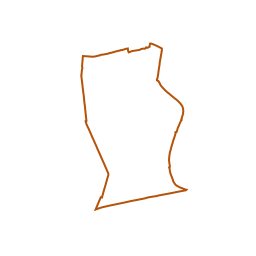 outline of Hon Dat, Kiên Giang, Vietnam, rotated 233°
{"feature_id": "81297802B18356226761800", "entity_name": "Hon Dat", "entity_type": "district", "adm_level": 2, "iso_a3": "VNM", "parent_name": "Vietnam", "parent_adm1": "Kiên Giang", "projection": "mercator", "projection_center": [104.972, 10.238], "detail": "fine", "context": "isolated", "style": "outline", "palette": "amber", "viewbox_px": 256, "rotation_deg": 233, "n_neighbors": 0, "source": "geoboundaries", "source_scale": "gbopen_adm2", "svg_char_len": 5571}
<svg xmlns="http://www.w3.org/2000/svg" viewBox="0 0 256 256"><g transform="rotate(233 128 128)"><path d="M77.1,66.6L71.0,79.5L68.1,85.9L65.0,92.2L61.6,99.2L60.4,102.5L57.2,108.5L56.4,109.9L56.2,110.5L56.1,110.9L55.9,111.6L55.7,111.8L49.6,124.1L46.7,130.2L43.6,136.4L43.5,136.7L43.4,136.9L43.4,137.1L43.5,137.5L43.7,137.3L44.2,136.9L44.4,136.8L44.6,136.6L44.9,136.5L45.2,136.2L45.6,136.0L46.0,135.7L46.3,135.6L46.5,135.5L47.1,135.1L47.6,134.8L47.8,134.7L48.0,134.6L48.2,134.4L48.4,134.2L50.9,133.0L52.1,132.4L52.8,132.2L53.4,132.0L53.8,131.9L54.1,131.8L54.6,131.8L55.2,131.8L56.5,131.9L57.0,131.9L57.7,132.0L58.9,132.3L59.0,132.3L59.1,132.5L61.8,133.3L64.4,134.0L64.9,134.2L65.5,134.3L67.1,134.9L68.5,135.6L70.8,136.9L71.0,136.9L71.3,137.0L71.6,137.0L71.9,137.2L71.9,137.3L71.7,137.8L71.8,138.1L72.0,138.3L74.2,139.4L75.3,140.0L76.2,140.6L77.1,141.0L77.3,141.2L78.6,142.2L78.9,142.5L80.3,143.7L81.1,144.6L81.4,144.8L81.6,145.1L82.6,146.0L82.8,146.2L83.1,146.5L83.3,146.8L83.9,147.6L84.5,148.4L85.0,149.1L85.5,149.7L86.4,150.7L87.4,152.1L88.7,153.9L88.9,154.3L89.1,154.6L89.5,154.9L90.2,155.8L90.7,156.6L91.3,157.4L92.9,159.8L94.0,161.3L94.2,161.6L94.9,162.6L95.1,162.8L95.5,163.1L95.8,163.2L96.0,163.2L96.1,163.3L96.1,163.5L95.9,163.8L95.7,164.1L95.6,164.3L95.7,164.7L97.1,166.5L97.7,167.3L98.4,168.3L98.8,169.3L99.1,169.8L99.6,170.6L99.8,170.9L100.2,171.6L100.5,172.0L102.0,174.9L102.0,175.0L101.9,175.2L101.9,175.3L102.0,175.5L102.4,175.8L102.6,175.8L102.8,175.8L102.9,176.0L102.9,176.3L103.3,176.5L103.5,176.8L104.0,177.5L105.0,178.9L105.1,179.0L106.1,180.4L106.5,180.8L107.1,181.2L107.7,181.9L108.5,182.5L109.1,182.9L110.0,183.4L110.8,183.8L111.7,184.1L112.4,184.4L113.5,184.5L115.0,184.6L116.7,184.5L118.3,184.3L119.7,184.1L120.8,183.9L121.6,183.7L123.8,183.1L127.5,182.2L127.9,182.1L128.5,181.9L128.9,181.9L131.2,181.4L133.2,180.8L134.7,180.6L136.4,180.2L137.4,180.2L137.9,180.1L138.9,180.0L139.5,179.9L140.5,179.9L141.6,179.8L142.6,179.8L143.1,179.9L143.7,180.0L144.2,180.2L145.1,180.3L145.8,180.4L146.4,180.5L147.0,180.5L147.4,180.5L147.6,180.4L147.8,180.1L148.0,180.0L148.3,179.9L148.6,179.8L148.8,179.9L149.0,180.0L149.4,180.4L149.8,180.9L149.9,181.1L150.0,181.5L150.7,182.2L151.2,182.7L152.2,183.9L152.5,184.2L152.9,184.6L154.0,185.6L155.1,186.6L155.6,187.3L156.1,187.6L156.8,188.4L157.9,189.5L158.8,190.5L159.3,191.0L159.9,191.6L160.4,192.0L160.7,192.3L161.0,192.6L161.3,192.9L161.6,193.1L161.8,193.4L162.2,193.8L162.5,194.2L163.1,194.8L163.6,195.3L163.9,195.7L164.2,196.1L164.5,196.3L164.9,196.7L165.2,197.0L165.5,197.3L165.9,197.8L166.3,198.2L166.7,198.6L167.1,199.1L167.5,199.6L167.8,199.8L168.0,200.0L168.3,200.4L168.5,200.6L168.7,200.8L168.9,200.9L169.1,201.0L169.4,201.5L169.5,201.6L169.7,201.9L170.1,202.1L170.6,202.5L170.9,202.8L171.1,202.9L172.0,202.5L176.1,200.5L179.2,198.8L180.5,197.9L181.2,197.5L181.6,197.2L181.9,196.8L182.0,196.5L182.1,196.3L181.5,195.7L181.1,195.3L180.8,194.9L180.7,194.8L180.4,194.6L180.1,194.4L179.9,194.3L179.9,194.2L180.0,193.9L180.1,193.6L180.1,192.9L180.2,192.7L180.2,192.4L180.3,192.0L180.4,191.8L180.5,191.6L180.6,191.4L180.8,191.3L181.3,191.2L181.5,191.0L181.5,190.9L181.5,190.7L181.3,190.3L181.2,190.0L181.1,189.8L181.1,189.6L181.1,189.4L181.2,189.1L181.4,188.9L181.7,188.6L182.1,188.1L182.3,187.9L182.4,187.7L182.5,187.2L182.8,186.8L183.0,186.5L183.2,186.1L183.2,185.3L183.3,184.7L183.4,184.4L183.7,183.7L184.2,182.8L185.3,180.6L186.2,179.1L186.6,178.2L187.0,177.5L187.2,177.0L187.3,176.2L187.6,175.3L187.8,174.6L188.0,174.1L188.6,174.2L189.6,174.6L190.7,175.1L191.6,175.7L191.8,175.3L192.2,174.4L192.6,173.8L192.8,173.2L193.0,172.5L193.1,172.1L193.5,171.0L193.7,170.5L194.2,169.7L194.6,168.9L194.7,168.6L194.7,168.3L194.7,168.1L194.8,167.9L195.0,167.6L195.3,167.2L195.6,166.5L196.0,165.4L196.9,163.3L197.0,162.8L197.0,162.6L197.1,162.4L197.2,162.2L197.3,161.9L197.5,161.7L197.8,161.2L197.8,160.7L197.9,160.4L198.1,160.0L198.6,159.2L198.7,158.8L198.8,158.5L199.0,158.2L199.2,157.8L199.2,157.5L199.3,157.2L199.3,156.9L199.5,156.5L199.9,155.8L200.2,155.1L200.6,154.5L200.8,153.9L201.1,153.4L201.8,151.9L202.4,151.0L202.8,150.4L202.9,150.1L203.0,149.8L202.9,149.2L203.3,148.5L203.9,147.2L204.4,146.0L205.1,144.5L205.5,143.8L205.9,143.0L209.5,138.9L211.9,136.1L212.6,135.3L212.3,135.0L211.0,133.8L209.7,132.7L208.4,131.5L208.1,131.2L207.0,130.3L206.6,129.9L205.8,129.2L205.5,128.9L205.1,128.5L204.9,128.4L204.5,128.2L204.1,128.2L203.9,128.1L203.0,127.2L202.5,126.7L202.0,126.1L201.5,125.6L201.3,125.4L200.9,125.0L200.3,124.4L199.6,123.9L199.0,123.3L198.6,123.0L198.5,122.8L198.3,122.7L198.2,122.5L198.2,122.4L198.0,122.2L197.2,121.8L196.3,121.3L195.4,120.7L195.0,120.5L193.9,119.9L192.8,119.2L192.3,119.0L191.8,118.6L191.1,118.3L187.7,116.2L186.6,115.6L185.2,114.8L183.7,113.9L182.1,113.0L181.3,112.6L180.6,112.2L179.1,111.3L178.0,110.6L177.9,110.5L177.6,110.4L176.5,109.7L175.4,109.0L174.6,108.5L173.5,107.9L173.2,107.7L172.8,107.5L172.7,107.5L170.9,106.4L169.5,105.6L168.3,104.8L165.8,103.3L162.7,101.5L161.9,101.0L159.7,99.7L159.2,99.4L158.6,99.0L158.7,98.8L159.0,98.4L158.4,98.0L157.7,97.7L155.1,96.9L154.6,96.8L153.3,96.5L152.1,96.3L151.0,96.1L147.8,95.3L145.9,94.9L144.5,94.6L144.1,94.4L141.0,93.7L139.0,93.3L137.0,92.8L135.9,92.5L133.4,92.0L129.9,91.1L126.4,90.3L122.9,89.5L119.6,88.7L116.6,88.0L113.0,87.2L110.6,86.6L107.3,85.8L103.9,85.0L103.5,84.8L102.4,84.2L101.0,82.3L98.6,79.1L96.6,76.5L94.7,74.0L92.9,71.5L90.9,68.9L90.5,68.4L88.2,65.4L88.4,65.3L89.1,64.6L88.4,63.4L87.0,61.0L85.8,58.9L82.4,53.1L81.7,55.4L81.0,57.4L80.6,58.6L80.0,60.2L77.1,66.6Z" fill="none" stroke="#b45309" stroke-width="2"/></g></svg>